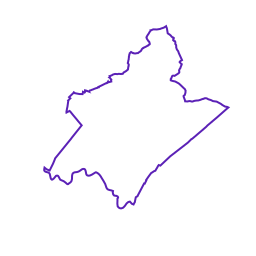 Tudora, Botosani, Romania, rotated 323°
{"feature_id": "2599482B63139425196950", "entity_name": "Tudora", "entity_type": "district", "adm_level": 2, "iso_a3": "ROU", "parent_name": "Romania", "parent_adm1": "Botosani", "projection": "orthographic", "projection_center": [26.654, 47.501], "detail": "fine", "context": "isolated", "style": "outline", "palette": "violet", "viewbox_px": 256, "rotation_deg": 323, "n_neighbors": 0, "source": "geoboundaries", "source_scale": "gbopen_adm2", "svg_char_len": 5597}
<svg xmlns="http://www.w3.org/2000/svg" viewBox="0 0 256 256"><g transform="rotate(323 128 128)"><path d="M74.8,163.3L74.8,164.5L75.1,165.2L75.9,166.4L77.2,167.9L78.1,169.3L77.1,170.2L76.2,172.2L76.3,173.5L77.0,174.4L77.9,175.2L78.5,176.4L78.4,177.3L78.1,177.7L77.0,178.1L76.0,179.5L73.9,182.1L72.6,184.4L72.7,186.0L73.4,187.4L74.2,188.1L75.9,188.7L77.1,188.6L78.8,188.3L81.5,187.4L83.7,187.3L85.2,187.9L85.5,190.9L86.4,192.4L88.0,191.6L88.7,191.4L92.3,188.2L92.6,188.0L93.8,188.1L94.5,188.2L95.4,187.7L106.2,182.6L107.5,182.0L107.9,182.5L111.1,180.9L111.1,180.5L112.0,180.2L115.0,179.2L119.4,177.9L120.0,178.0L123.1,178.2L124.1,178.6L125.9,177.8L127.5,177.2L128.9,176.5L130.3,176.1L131.2,177.5L144.8,176.0L167.1,175.7L171.6,175.1L171.9,175.0L172.3,175.2L173.6,175.2L183.6,174.6L191.3,174.1L192.9,173.8L205.5,173.1L217.3,172.2L220.5,172.0L220.2,171.4L219.8,170.7L219.4,170.3L219.3,170.2L218.4,169.3L218.1,168.5L217.8,167.9L217.5,167.1L217.0,165.9L217.0,165.5L216.6,164.4L214.7,160.3L212.4,158.0L212.0,157.6L211.2,155.9L210.6,155.0L209.5,153.5L209.3,153.1L208.7,151.7L208.4,151.4L207.4,150.5L206.5,150.3L206.4,150.2L205.7,150.1L205.5,149.9L203.7,149.3L203.1,149.2L200.7,148.3L199.1,147.2L197.6,146.4L196.6,146.0L196.4,146.0L195.3,145.6L195.0,145.4L193.8,143.9L193.3,143.5L192.8,143.2L191.5,142.6L189.7,141.1L190.3,139.8L191.3,136.4L191.8,135.8L193.2,135.8L195.1,134.4L196.2,133.1L196.5,132.8L196.8,131.0L196.6,130.2L195.8,125.1L195.7,124.7L195.6,124.1L195.5,123.5L195.2,122.6L193.8,119.5L193.4,118.9L192.3,117.7L191.4,116.5L190.9,115.8L190.9,115.5L190.9,115.4L191.5,114.9L191.7,114.6L192.0,114.6L192.4,114.4L194.2,113.3L194.7,113.1L195.1,113.1L196.1,113.8L196.5,114.2L196.6,114.4L200.4,114.7L201.2,114.7L202.1,114.6L202.5,114.4L202.7,114.0L203.0,113.7L203.2,113.2L203.4,112.8L203.6,112.7L204.1,112.3L204.3,112.3L205.1,111.8L205.8,111.7L207.2,110.7L208.3,110.1L209.3,109.4L209.2,109.2L209.1,108.9L209.0,108.2L209.0,107.8L208.9,106.8L208.9,106.4L209.4,106.2L210.3,106.1L212.0,106.3L213.7,98.6L214.1,97.5L214.3,96.8L214.3,94.7L215.0,92.6L215.5,92.0L216.3,90.8L216.4,89.8L216.3,89.5L216.6,89.0L216.8,88.8L217.5,87.9L217.7,87.1L217.7,86.8L217.2,86.4L217.1,85.9L217.1,85.5L216.9,85.1L217.0,84.9L217.6,84.7L217.7,84.4L218.2,84.0L218.4,84.0L218.7,83.8L218.8,83.6L218.5,82.8L218.1,82.6L217.9,81.4L217.8,81.2L217.8,80.4L217.8,79.8L217.6,79.1L217.5,78.5L217.4,78.4L217.3,77.9L217.2,77.8L216.7,76.3L218.2,73.4L218.7,72.5L219.3,71.0L219.4,70.6L219.4,70.2L219.5,69.8L219.6,69.6L217.0,69.4L216.1,69.1L214.1,68.4L213.5,68.3L213.2,68.2L211.3,67.2L210.2,66.6L209.5,66.0L207.5,64.4L205.0,63.8L204.8,63.6L204.6,63.9L202.8,64.4L201.3,65.1L200.2,65.4L198.2,66.2L197.4,66.6L197.4,66.9L197.2,67.0L196.8,67.9L196.8,68.1L196.7,69.4L196.6,70.8L196.8,71.4L196.8,72.0L196.5,72.6L196.4,73.2L196.2,73.5L196.0,74.0L195.9,74.1L195.6,74.2L195.3,74.2L194.5,74.1L194.0,74.2L193.4,74.2L193.2,74.0L192.5,74.0L190.5,73.7L189.0,73.3L188.5,73.4L188.3,73.3L188.2,73.4L187.8,73.2L187.6,73.2L186.4,73.4L185.7,73.8L184.8,74.2L183.1,74.2L181.7,74.1L181.1,74.2L180.8,74.0L180.2,73.6L179.1,73.1L178.9,73.0L178.6,72.8L177.8,72.1L177.4,71.4L177.2,71.4L176.9,71.0L176.4,69.6L176.2,69.1L175.9,69.1L175.5,69.3L174.5,69.3L174.4,69.3L174.1,69.6L172.9,70.4L172.6,70.9L172.2,71.1L171.6,71.6L171.3,72.1L170.7,72.6L169.9,73.6L169.6,73.8L169.0,74.2L168.5,74.7L168.1,75.1L167.6,75.5L166.9,76.0L166.9,76.8L166.8,77.6L166.7,77.9L166.6,78.1L166.0,78.5L165.7,78.9L165.5,79.1L165.2,79.2L163.2,81.2L163.0,81.3L161.6,81.3L161.3,81.4L160.9,81.4L160.6,81.4L160.4,81.3L159.9,81.2L159.5,81.3L159.2,81.3L158.0,81.0L157.7,81.1L157.1,81.4L156.4,81.6L156.2,81.5L155.8,81.1L155.0,80.8L154.7,80.4L154.3,80.2L153.5,79.4L153.1,79.1L152.4,78.8L151.8,78.5L150.8,77.5L150.2,77.1L149.7,76.8L147.9,76.2L146.9,76.2L144.8,75.6L144.6,75.5L144.5,75.9L144.4,76.1L144.0,76.4L143.5,76.4L143.7,76.9L143.7,78.7L143.7,79.1L143.8,79.2L143.8,79.4L143.1,79.9L143.0,80.1L142.8,80.2L142.6,80.8L139.5,79.6L139.9,79.3L140.0,78.9L139.2,79.2L138.6,79.5L138.1,79.4L138.1,79.2L136.8,78.9L131.9,78.0L129.1,77.4L129.0,77.8L128.8,77.7L127.8,77.4L127.2,77.4L126.9,77.2L126.5,77.0L124.5,76.4L123.1,76.1L122.7,75.9L120.7,75.4L120.2,75.1L118.8,75.5L118.4,74.9L118.4,75.0L118.0,74.4L116.3,72.1L115.8,72.7L115.4,73.0L115.5,73.3L114.8,73.6L114.6,73.6L113.8,72.0L113.7,72.1L113.5,72.4L112.1,73.6L109.6,71.6L106.7,68.4L106.5,68.2L106.5,67.9L106.2,66.9L105.4,67.2L99.5,67.9L99.6,68.6L99.8,69.6L96.7,70.0L96.7,70.4L96.2,70.8L92.4,74.6L91.1,75.7L88.5,78.1L88.2,78.6L91.6,79.2L91.8,80.5L91.9,84.1L92.2,89.8L92.3,92.6L92.6,98.0L83.6,100.3L77.0,102.0L76.1,102.3L51.5,108.4L51.2,108.6L50.7,109.0L46.6,111.4L39.8,114.8L38.1,111.9L37.5,109.4L36.6,110.2L35.7,111.2L35.6,111.7L35.5,112.1L35.6,112.6L35.7,113.0L35.9,113.4L37.7,115.8L37.8,116.0L37.9,116.6L37.9,117.4L37.6,118.2L36.4,120.8L36.0,121.8L35.9,122.6L36.1,123.4L36.4,123.6L36.7,123.7L38.3,123.7L41.7,122.9L42.3,123.1L43.1,123.7L43.3,124.2L43.3,125.0L42.9,127.5L42.8,128.5L43.3,129.5L44.6,131.7L44.9,132.7L45.3,134.1L45.6,135.7L45.8,136.3L46.2,136.7L46.5,136.8L47.7,136.7L49.1,136.8L50.2,136.6L51.0,136.3L51.6,135.8L52.6,135.0L54.4,132.7L55.1,132.0L55.9,131.4L56.4,131.1L56.9,131.0L58.1,131.1L58.7,131.3L60.8,132.5L62.2,133.0L63.6,133.2L66.5,133.3L67.4,133.6L68.1,134.1L68.3,134.3L68.6,134.8L68.6,135.0L68.7,135.4L68.4,136.5L68.1,137.3L67.1,139.3L66.8,140.1L66.8,140.8L67.0,141.4L67.3,141.8L67.6,142.2L67.9,142.4L68.9,143.0L69.3,143.1L71.0,143.5L75.3,143.9L75.6,144.0L75.9,144.3L76.2,144.9L76.5,145.5L76.7,146.1L77.0,147.5L77.1,148.1L77.1,149.2L77.1,150.3L76.9,151.9L76.6,155.3L76.1,159.0L74.9,162.6L74.8,163.3Z" fill="none" stroke="#5b21b6" stroke-width="2"/></g></svg>